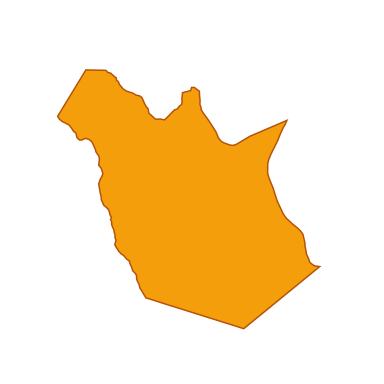 outline of Coelho Neto, Maranhão, Brazil, rotated 345°
{"feature_id": "56859067B80380733340566", "entity_name": "Coelho Neto", "entity_type": "district", "adm_level": 2, "iso_a3": "BRA", "parent_name": "Brazil", "parent_adm1": "Maranhão", "projection": "mercator", "projection_center": [-43.134, -4.232], "detail": "fine", "context": "isolated", "style": "filled", "palette": "amber", "viewbox_px": 384, "rotation_deg": 345, "n_neighbors": 0, "source": "geoboundaries", "source_scale": "gbopen_adm2", "svg_char_len": 2072}
<svg xmlns="http://www.w3.org/2000/svg" viewBox="0 0 384 384"><g transform="rotate(345 192 192)"><path d="M120.1,282.5L122.5,283.8L137.2,293.3L176.1,318.0L206.6,337.4L296.0,297.1L291.3,295.1L288.6,292.0L287.5,290.0L287.4,287.1L286.5,281.6L287.0,276.6L287.1,273.9L287.9,270.5L288.2,261.5L286.8,257.8L284.5,253.9L280.9,249.1L276.2,241.5L274.4,236.6L273.9,233.6L272.1,223.6L271.8,219.9L271.7,217.7L271.3,208.4L270.8,205.2L270.4,201.7L269.9,196.5L270.0,193.2L272.5,184.2L274.9,180.0L278.2,175.7L287.9,164.8L292.4,158.7L297.2,153.0L299.3,151.1L302.2,147.4L269.6,152.1L262.5,153.1L247.7,157.3L244.1,157.7L240.9,156.5L235.7,152.9L233.4,150.7L231.6,146.8L230.7,140.2L229.9,137.4L225.9,125.2L223.3,118.7L222.2,114.6L222.6,112.7L222.3,109.6L223.7,104.8L223.9,102.6L225.2,96.5L223.1,94.0L221.5,91.7L218.7,90.9L216.9,93.7L208.6,93.6L206.5,98.9L205.8,102.1L204.7,104.6L201.2,106.3L199.7,107.9L196.2,108.2L186.3,114.1L184.0,115.2L182.2,114.3L180.2,113.3L175.6,112.2L170.8,104.8L171.1,99.9L170.0,98.2L169.0,94.0L168.5,90.6L168.0,87.6L166.1,85.5L162.7,83.7L160.9,81.6L154.6,77.4L152.1,74.5L149.7,69.2L149.4,66.3L148.1,64.7L148.3,62.0L147.0,60.6L144.2,56.1L141.8,54.9L140.3,52.2L121.1,46.6L81.8,84.1L82.7,87.2L85.0,90.5L87.7,92.7L90.7,95.7L92.5,100.1L93.3,102.8L95.2,105.0L95.0,107.1L95.0,109.7L96.7,112.6L99.3,113.3L101.7,112.7L103.7,112.9L106.0,114.5L108.2,117.5L108.8,120.2L109.7,126.2L109.6,128.4L111.4,133.5L111.1,135.6L110.6,137.5L109.8,139.4L108.8,142.1L110.4,145.4L110.6,148.4L110.7,151.1L108.8,153.9L106.7,155.9L104.0,159.9L103.1,169.3L103.1,172.5L102.4,176.2L103.4,182.0L105.3,184.8L106.5,186.7L107.0,189.3L106.9,192.9L107.6,195.6L106.2,197.4L106.7,199.8L106.0,202.5L106.2,205.4L106.7,208.1L106.4,210.5L106.6,213.2L105.8,216.2L106.1,218.9L105.0,220.9L103.8,222.9L104.6,226.3L105.3,228.1L105.8,230.2L107.8,233.8L109.4,235.4L110.7,238.1L111.6,240.1L113.4,242.0L113.6,245.8L114.3,249.3L114.3,252.6L116.3,256.3L116.8,258.3L116.0,261.9L116.3,264.6L117.0,267.7L116.8,271.3L117.9,274.6L118.7,277.7L119.5,280.2L120.1,282.5Z" fill="#f59e0b" stroke="#b45309" stroke-width="1.5"/></g></svg>